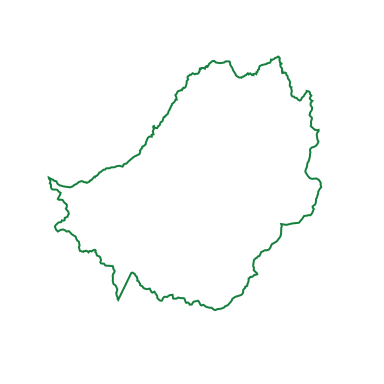 outline of Planadas, Tolima, Colombia, rotated 344°
{"feature_id": "7082276B16084639884321", "entity_name": "Planadas", "entity_type": "district", "adm_level": 2, "iso_a3": "COL", "parent_name": "Colombia", "parent_adm1": "Tolima", "projection": "orthographic", "projection_center": [-75.818, 3.098], "detail": "fine", "context": "isolated", "style": "outline", "palette": "green", "viewbox_px": 384, "rotation_deg": 344, "n_neighbors": 0, "source": "geoboundaries", "source_scale": "gbopen_adm2", "svg_char_len": 5946}
<svg xmlns="http://www.w3.org/2000/svg" viewBox="0 0 384 384"><g transform="rotate(344 192 192)"><path d="M327.2,166.1L324.3,161.3L325.2,159.8L325.7,157.3L327.6,154.4L327.6,153.2L326.3,151.2L326.2,150.2L327.1,149.2L327.3,148.3L329.4,146.6L330.2,145.5L330.7,143.8L329.9,141.0L330.7,139.1L332.8,137.6L331.8,136.8L331.0,134.6L332.2,133.0L333.3,132.2L332.5,130.6L332.8,128.7L332.2,127.7L330.1,126.5L329.8,127.4L327.1,129.3L326.0,130.6L323.7,131.6L322.1,133.6L320.8,133.8L319.3,132.4L318.6,130.6L316.9,129.7L316.2,128.3L315.1,128.0L314.4,127.0L314.3,125.6L315.0,123.8L315.8,122.6L315.8,120.0L316.5,118.7L315.6,118.2L315.3,117.7L315.4,116.1L316.6,113.6L316.2,110.8L315.5,109.4L315.8,106.7L315.0,105.5L315.2,103.7L314.2,102.7L312.0,102.8L311.5,102.4L311.8,100.7L312.4,100.6L312.1,99.3L312.7,98.2L311.9,96.5L311.7,95.1L312.2,93.3L312.9,93.7L313.4,93.4L312.3,91.4L312.5,88.9L313.3,87.9L312.5,85.7L311.7,85.6L310.8,86.1L308.9,86.0L307.8,86.7L305.4,87.1L304.4,86.5L303.6,88.3L302.6,89.2L299.7,89.0L299.1,89.5L294.5,89.2L291.8,89.6L291.0,90.6L290.4,92.4L289.2,92.7L287.9,94.6L287.2,94.6L287.2,95.2L286.5,95.6L286.3,96.2L285.8,95.6L283.8,95.8L283.4,95.5L282.9,95.7L282.9,96.4L282.3,96.0L281.8,96.1L280.6,94.0L279.0,94.6L278.4,93.3L277.0,93.9L276.5,94.5L274.8,94.6L274.4,95.0L272.9,95.3L272.2,95.1L271.0,95.8L270.4,95.3L269.1,95.1L268.2,94.4L266.3,92.0L266.4,90.7L265.2,87.0L264.9,83.9L263.8,80.2L264.3,77.9L264.0,76.9L260.5,75.7L258.3,76.4L254.2,75.8L250.6,74.0L249.5,72.1L247.8,71.8L243.6,73.6L242.4,75.2L241.1,75.0L241.0,75.9L240.1,75.3L239.5,75.4L238.4,77.0L237.4,76.0L235.4,75.4L234.9,75.5L234.5,76.1L233.5,75.6L232.8,77.7L232.1,78.1L231.6,79.1L230.1,79.9L228.1,79.4L227.1,79.6L225.3,78.0L223.3,79.1L222.3,78.7L221.9,79.1L219.6,79.8L219.1,81.3L219.4,82.7L217.4,84.0L216.8,86.1L214.8,89.2L213.6,89.9L212.3,89.4L211.7,90.3L210.6,90.5L210.3,91.4L209.4,91.1L206.1,91.3L204.3,93.3L202.7,94.3L203.1,96.9L202.7,97.7L202.8,99.0L201.4,98.8L200.6,100.0L199.2,101.0L197.1,101.8L196.6,102.9L195.2,104.0L194.7,105.0L193.6,105.9L193.4,106.6L192.0,107.6L190.4,110.1L187.6,111.4L187.2,112.0L186.6,112.0L186.0,112.5L185.3,112.4L183.0,115.9L181.1,116.3L179.1,119.1L177.8,119.3L176.1,121.0L173.8,120.0L173.6,118.1L172.7,118.4L172.6,121.0L171.1,122.8L170.9,126.0L169.0,125.9L168.6,127.7L166.4,127.0L164.5,127.7L161.3,131.7L160.7,133.3L159.1,134.2L156.6,134.8L156.3,135.9L154.3,137.0L153.9,137.8L153.3,138.0L153.3,139.2L151.9,141.1L145.7,142.2L139.1,145.2L137.0,146.6L134.7,146.4L133.2,147.3L132.6,148.3L131.9,148.4L129.8,146.9L126.6,146.4L124.5,146.9L120.9,146.0L119.6,146.5L116.1,145.6L114.7,146.5L113.2,146.2L109.1,147.8L108.2,147.7L106.9,149.2L104.4,150.3L103.0,150.3L102.7,151.0L102.1,150.6L98.5,152.9L97.9,152.7L96.8,153.0L96.5,153.7L95.7,153.9L93.4,154.2L93.0,153.6L90.7,152.7L90.1,151.8L88.9,151.1L86.0,151.2L83.1,152.5L80.8,152.7L79.0,153.7L76.1,153.9L69.6,151.0L68.0,149.8L67.0,149.5L65.0,147.1L64.5,144.3L62.5,143.2L61.8,141.8L60.8,141.3L58.3,138.7L58.2,139.7L58.9,141.7L58.7,143.1L57.7,144.6L58.5,145.8L57.7,148.7L57.9,150.2L58.6,151.1L62.7,152.5L63.4,153.3L63.8,154.7L65.5,156.6L64.5,158.1L61.1,161.7L62.0,162.9L63.8,163.2L65.4,164.0L66.3,166.9L68.2,169.6L67.4,172.1L66.1,173.3L67.7,176.9L67.6,179.0L66.3,180.1L65.4,181.6L62.6,181.8L61.8,184.0L61.0,184.1L59.0,183.5L58.0,184.9L55.3,184.5L52.3,186.0L50.7,187.3L50.9,190.6L52.2,193.0L55.1,192.2L57.8,192.5L59.7,194.1L60.3,195.2L61.4,195.7L62.4,195.5L63.1,196.0L64.8,199.5L67.9,202.9L67.9,205.4L68.5,207.4L69.5,208.4L69.2,212.5L68.1,213.7L68.0,217.6L71.1,219.6L72.0,219.0L73.0,219.5L74.0,219.2L74.9,219.9L75.9,221.5L77.1,220.5L78.1,220.7L78.9,221.4L81.8,220.6L82.9,221.0L83.3,221.8L82.5,223.0L83.2,224.5L83.0,226.7L85.4,228.6L85.9,230.7L85.7,232.4L84.5,234.2L84.8,235.5L87.7,236.7L88.3,238.5L88.8,239.0L94.8,241.1L95.6,241.8L95.2,244.0L95.9,246.5L94.9,248.2L94.0,248.6L92.7,250.5L92.1,253.6L91.3,255.5L91.2,258.8L92.8,260.7L93.4,264.8L92.3,267.1L91.4,267.9L91.1,270.5L91.4,272.8L91.0,274.4L91.3,275.4L111.2,253.2L112.7,253.1L114.5,255.3L114.6,256.7L115.7,258.6L115.4,259.4L115.7,260.5L114.9,262.1L116.2,263.2L116.2,264.2L116.7,265.7L116.4,267.2L118.5,269.2L118.6,270.3L119.6,271.6L121.9,273.0L124.8,273.2L125.3,276.5L126.1,277.8L128.3,277.4L129.9,282.4L129.4,284.5L131.3,287.5L132.3,288.0L133.4,288.0L134.7,286.2L136.0,285.3L137.0,285.2L139.2,286.0L142.0,285.0L145.0,285.5L144.5,288.9L145.1,289.6L148.0,290.2L149.2,289.6L149.9,289.7L151.1,290.6L155.0,291.9L155.4,292.8L155.6,296.6L156.0,297.0L157.5,297.0L158.3,297.9L158.7,299.6L159.8,299.7L160.6,300.2L163.2,297.9L167.8,298.2L168.3,298.9L169.0,302.5L169.7,303.6L171.9,303.6L173.2,305.5L175.0,307.0L177.0,308.1L178.9,308.6L180.7,311.2L182.1,312.0L183.9,311.6L187.9,312.2L191.2,311.8L192.8,310.8L194.3,310.9L195.7,310.4L200.1,307.5L201.4,305.8L204.8,304.7L210.6,304.6L211.8,304.2L213.5,302.7L214.1,300.4L215.8,299.1L216.8,298.8L217.1,297.7L219.3,297.4L219.9,295.6L220.4,295.3L221.9,293.1L222.6,290.7L223.4,290.7L224.7,289.7L226.7,290.1L229.1,288.9L230.9,289.2L232.1,289.0L232.0,287.9L229.8,284.3L230.7,281.6L230.4,280.6L230.7,279.1L232.8,274.5L235.0,273.3L236.3,273.1L237.5,272.1L239.2,272.1L242.1,268.7L244.0,268.6L245.4,268.1L246.4,268.1L247.6,268.7L250.2,268.5L252.0,267.0L254.3,264.2L259.7,262.9L263.9,259.8L265.0,258.7L266.1,256.7L268.0,250.9L268.9,249.7L268.9,247.4L273.6,249.6L280.0,249.9L286.1,251.0L286.6,250.9L290.1,248.5L293.2,245.9L295.6,246.4L297.8,246.4L299.5,247.0L301.7,245.4L304.4,241.9L303.8,240.3L303.9,239.2L307.2,237.7L308.1,236.3L309.4,232.8L310.9,231.4L311.8,229.5L312.6,228.8L313.5,226.4L315.9,224.0L317.5,223.1L317.7,220.2L318.3,218.5L317.2,215.2L315.3,213.3L311.2,212.5L309.2,211.3L307.9,208.8L306.5,203.9L307.5,201.8L309.4,199.5L310.9,196.1L312.7,194.4L315.1,190.5L315.9,187.9L316.8,186.5L316.9,184.5L317.4,183.5L318.2,182.8L319.8,182.2L321.8,182.3L324.3,181.5L325.8,180.4L327.5,178.3L327.0,176.6L327.7,171.2L328.5,169.9L330.5,168.3L330.8,167.2L329.1,167.1L327.9,166.1L327.2,166.1Z" fill="none" stroke="#15803d" stroke-width="2"/></g></svg>